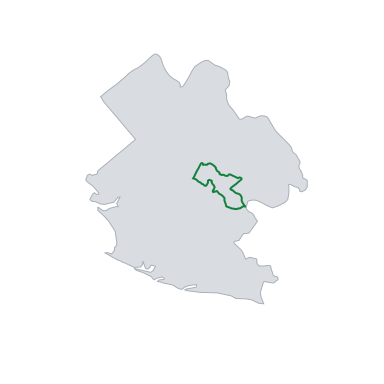 location of Lolo-Bouenguidi, Ogooué-Lolo, Gabon, rotated 320°
{"feature_id": "22940354B13456808053161", "entity_name": "Lolo-Bouenguidi", "entity_type": "district", "adm_level": 2, "iso_a3": "GAB", "parent_name": "Gabon", "parent_adm1": "Ogooué-Lolo", "projection": "natural_earth1", "projection_center": [12.301, -1.15], "detail": "fine", "context": "in_parent", "style": "outline", "palette": "green", "viewbox_px": 384, "rotation_deg": 320, "n_neighbors": 0, "source": "geoboundaries", "source_scale": "gbopen_adm2", "svg_char_len": 6675}
<svg xmlns="http://www.w3.org/2000/svg" viewBox="0 0 384 384"><g transform="rotate(320 192 192)"><path d="M254.3,66.2L254.2,69.2L251.3,76.4L249.9,82.0L249.5,88.0L250.3,92.7L251.7,96.2L252.6,99.9L251.9,102.5L250.5,103.6L251.5,104.9L253.6,105.2L257.2,104.1L262.8,102.1L270.0,99.2L274.8,97.7L282.6,98.6L286.8,99.7L289.0,101.7L291.3,110.3L292.5,111.6L294.4,115.2L296.0,119.6L296.3,121.8L296.1,123.4L294.5,125.8L292.7,129.2L292.1,131.3L290.6,132.9L288.7,134.4L283.4,135.1L282.6,136.0L281.1,139.7L278.4,142.8L277.1,145.8L276.0,149.7L276.2,154.6L275.7,161.6L275.1,166.4L276.5,168.1L282.8,169.2L284.0,170.2L285.7,173.1L287.8,175.9L293.5,177.7L295.8,179.8L297.6,182.1L297.8,184.0L296.5,191.6L295.3,199.0L295.7,204.6L296.2,209.9L296.9,217.7L296.6,222.4L295.0,225.3L295.0,227.6L295.7,230.3L294.3,237.9L293.3,239.2L290.8,240.6L289.4,242.6L289.0,245.8L287.6,250.2L286.2,251.8L286.2,253.8L287.5,255.3L287.5,257.6L285.0,260.3L283.4,262.3L280.0,263.3L276.1,262.3L275.1,260.8L276.1,258.4L275.8,256.5L274.4,254.6L272.3,249.5L270.5,248.4L269.4,250.5L266.2,254.4L260.6,259.3L256.7,259.7L249.4,258.2L243.3,255.8L240.4,250.0L238.6,245.2L236.0,239.7L233.1,237.0L230.0,235.3L228.6,235.2L224.1,238.3L222.8,239.5L222.8,242.1L223.2,244.6L223.9,245.7L224.5,247.3L224.4,249.7L223.6,253.0L223.3,256.5L209.3,260.0L206.9,258.8L205.1,257.2L203.0,257.4L196.9,259.3L194.7,258.0L192.5,257.1L191.5,257.8L191.4,259.4L192.4,267.8L192.1,271.0L190.7,275.2L190.0,278.0L193.7,278.8L195.1,280.1L196.4,282.2L198.2,284.2L198.3,285.4L196.3,287.6L195.6,290.3L196.5,292.4L199.1,294.6L202.7,296.9L204.5,298.4L204.4,299.8L202.7,302.7L202.0,305.2L200.8,307.5L201.1,309.5L202.7,311.4L202.6,313.2L201.4,314.5L199.1,314.2L197.2,314.4L195.5,313.8L190.0,307.2L188.8,307.0L180.9,312.1L178.9,314.2L177.3,317.2L175.1,323.8L171.5,320.0L168.4,313.0L164.8,308.7L157.2,301.8L155.2,296.7L146.5,285.5L133.9,274.3L124.9,264.5L123.5,262.4L125.1,262.6L133.8,267.5L135.0,266.9L136.0,265.9L132.2,263.3L128.6,261.3L125.2,260.1L121.9,260.2L120.0,258.1L118.7,255.0L118.1,252.3L116.6,249.5L111.8,243.7L110.6,241.5L108.0,238.4L109.6,238.0L114.8,241.0L115.2,239.8L114.8,238.1L109.6,235.3L106.8,235.1L106.2,233.2L106.5,230.9L102.8,222.5L99.0,216.2L98.4,213.3L108.7,227.0L110.1,227.2L112.0,227.1L116.2,225.5L115.4,223.7L113.5,221.7L111.6,222.6L109.2,222.8L107.9,222.0L107.3,220.6L109.8,213.9L108.7,214.3L107.9,215.5L106.6,216.0L104.5,216.4L99.4,212.8L94.9,203.2L93.7,201.2L92.5,197.9L91.4,196.5L86.2,182.8L88.2,183.9L90.5,187.8L95.1,187.0L96.9,184.7L98.4,184.8L100.0,184.3L102.1,182.1L107.9,172.7L109.5,160.3L109.0,152.9L108.1,145.6L110.1,143.2L110.8,144.8L111.2,147.4L112.1,149.3L114.2,151.0L118.1,151.5L124.1,154.2L126.2,155.9L126.8,152.5L133.7,149.5L131.7,148.5L125.5,149.6L117.1,145.3L114.3,142.5L111.7,137.2L109.0,134.4L109.1,131.9L115.2,129.6L116.8,129.9L117.4,132.6L119.1,133.7L119.7,133.4L120.0,131.0L120.0,124.8L118.1,115.8L118.7,114.1L120.4,113.4L121.8,112.3L122.9,112.0L124.9,112.3L125.9,114.3L126.5,115.5L128.6,116.0L130.3,117.1L131.7,116.8L132.9,115.5L134.7,115.2L140.2,115.3L145.2,115.3L155.2,115.3L165.2,115.4L175.1,115.4L182.6,115.4L182.6,110.3L182.5,102.4L182.5,93.0L182.5,84.0L182.4,75.8L182.4,65.9L182.8,63.1L183.3,62.0L183.1,60.3L190.8,60.2L204.7,61.0L210.8,60.9L212.6,61.0L220.2,60.5L226.4,61.1L229.0,61.8L231.3,62.2L238.7,62.6L248.4,62.0L251.6,62.2L253.5,63.5L254.3,66.2Z" fill="#d9dde1" stroke="#a8b0b8" stroke-width="1"/><path d="M201.7,182.3L202.0,182.7L202.3,183.3L202.6,183.9L202.9,184.6L203.3,185.3L203.4,186.2L203.4,186.8L203.5,187.4L203.6,187.9L203.8,188.4L203.8,188.9L203.9,189.2L204.2,189.5L204.4,189.8L204.6,190.2L204.7,190.6L204.7,191.1L204.7,191.8L204.8,192.2L205.0,192.5L205.3,192.9L205.6,193.6L205.6,194.0L205.7,194.8L205.8,195.3L206.1,195.7L206.4,196.0L206.7,196.2L207.2,196.2L207.6,196.1L207.9,196.0L208.3,195.8L208.6,195.7L209.0,195.6L209.7,195.4L210.4,194.9L210.8,194.4L211.1,194.0L211.4,193.8L211.6,193.6L212.0,193.6L212.4,193.6L212.9,193.8L213.2,194.0L213.4,194.3L213.4,194.6L213.6,195.1L213.9,195.3L214.1,195.5L214.2,195.8L214.3,196.2L214.0,196.6L213.7,196.8L213.4,197.2L213.2,197.6L213.0,198.1L212.9,198.9L212.9,200.2L213.0,201.1L212.9,201.6L212.6,202.2L212.4,202.9L212.1,203.1L211.8,203.2L211.4,203.3L211.1,203.6L210.7,203.9L210.3,204.1L209.5,204.1L209.0,204.3L208.7,204.5L208.3,204.9L208.2,205.2L208.2,205.7L208.4,205.9L208.8,206.0L209.4,206.2L209.7,206.4L210.1,206.6L210.4,206.8L210.8,206.9L211.1,207.0L211.5,207.2L211.7,207.3L211.7,210.4L211.7,210.8L211.9,211.3L212.1,211.8L212.4,212.5L212.6,213.0L212.7,213.5L212.9,214.1L212.9,214.9L213.0,215.8L213.0,216.8L213.0,217.4L212.8,217.8L212.4,218.2L211.7,218.9L211.3,219.6L211.0,220.4L210.7,221.2L210.5,221.8L210.3,222.5L209.8,223.4L209.1,224.9L209.2,225.2L209.3,225.7L209.6,226.0L209.9,226.4L210.0,226.9L210.6,227.8L211.1,228.7L211.4,229.3L211.7,229.9L212.3,230.7L212.8,231.1L213.1,231.4L213.5,231.9L213.9,232.5L214.2,232.9L215.1,233.7L215.6,234.0L216.2,234.0L216.6,234.2L217.1,234.6L217.6,234.9L218.2,235.3L219.0,235.5L220.2,235.6L221.6,235.8L222.6,236.1L223.2,237.2L223.5,237.0L223.5,236.8L223.5,235.8L223.6,234.8L223.8,233.2L223.9,232.4L224.3,231.0L224.6,230.4L225.2,229.7L225.7,229.2L226.4,228.4L226.7,227.7L227.0,226.5L227.1,225.5L227.0,224.6L226.7,223.7L226.4,223.1L226.1,222.7L225.7,222.1L225.2,221.5L224.9,220.8L224.7,219.9L224.5,218.6L224.3,217.4L224.3,216.7L223.9,216.3L223.5,215.8L223.5,215.1L223.4,214.5L223.7,214.1L224.8,213.9L226.1,213.9L227.9,214.0L230.8,214.2L233.3,214.1L236.7,214.1L237.9,214.1L238.6,213.6L238.6,213.1L238.4,212.3L237.9,211.5L237.1,211.1L236.4,211.1L235.9,210.6L235.5,209.7L235.1,208.6L234.2,206.8L233.6,205.5L233.2,204.6L232.8,203.7L232.6,203.2L232.3,202.8L232.1,202.6L231.6,202.4L231.2,202.4L230.6,202.4L230.4,202.5L230.1,202.6L229.9,202.6L229.4,202.3L229.0,202.0L228.6,201.6L228.3,201.4L227.9,200.7L227.7,200.3L227.6,199.9L227.4,199.4L227.1,198.9L226.8,198.7L226.4,198.5L225.9,198.3L225.5,197.9L225.3,197.4L225.2,196.8L225.0,196.5L224.7,196.2L224.7,195.8L225.0,195.5L225.3,195.3L225.5,194.9L225.5,194.5L225.4,194.0L225.3,193.7L225.1,193.1L225.0,192.7L224.8,192.3L224.8,191.9L224.9,191.4L225.0,190.7L225.2,189.9L225.3,189.5L225.7,189.1L225.9,188.4L225.9,187.8L225.9,187.0L225.8,186.3L225.6,185.6L225.5,184.9L225.2,183.8L225.0,183.3L224.7,182.7L224.6,182.3L224.3,181.8L223.9,181.5L223.6,181.2L223.2,181.1L222.8,181.0L222.5,180.8L222.4,180.7L222.0,180.6L221.8,180.6L221.6,180.8L221.3,180.8L220.9,180.7L220.5,180.4L220.0,179.9L219.6,179.5L219.2,179.1L218.8,178.7L218.6,178.5L218.3,178.5L218.0,178.4L218.1,178.1L218.3,177.8L218.5,177.5L218.5,176.9L218.5,176.6L218.2,176.4L217.8,176.1L217.4,175.9L215.4,176.6L212.5,177.9L208.8,179.2L206.4,180.3L203.1,181.8L201.7,182.3Z" fill="none" stroke="#15803d" stroke-width="2"/></g></svg>